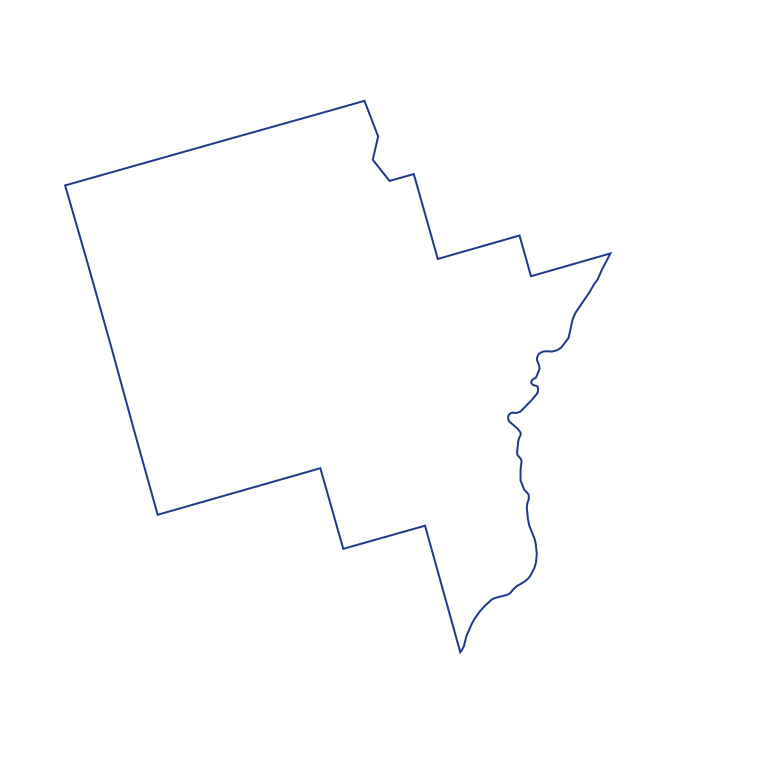 Goodhue, Minnesota, United States of America, rotated 74°
{"feature_id": "52423323B62984292236969", "entity_name": "Goodhue", "entity_type": "district", "adm_level": 2, "iso_a3": "USA", "parent_name": "United States of America", "parent_adm1": "Minnesota", "projection": "mercator", "projection_center": [-92.544, 44.454], "detail": "fine", "context": "isolated", "style": "outline", "palette": "blue", "viewbox_px": 768, "rotation_deg": 74, "n_neighbors": 0, "source": "geoboundaries", "source_scale": "gbopen_adm2", "svg_char_len": 1389}
<svg xmlns="http://www.w3.org/2000/svg" viewBox="0 0 768 768"><g transform="rotate(74 384 384)"><path d="M447.3,637.6L447.4,468.4L531.2,468.6L531.5,383.6L662.8,384.6L660.8,382.1L657.9,379.4L648.5,373.9L638.6,365.6L634.7,361.7L628.6,354.1L624.4,347.0L620.8,339.6L620.3,336.3L620.6,323.7L620.2,321.6L619.9,320.5L616.8,315.9L614.8,311.7L612.5,302.7L611.0,299.8L610.3,298.3L608.4,295.9L602.1,290.0L597.2,287.0L589.2,283.9L579.4,282.2L574.7,281.9L560.2,283.4L553.1,282.8L542.1,280.8L538.1,279.1L534.6,276.6L530.9,275.5L529.4,275.7L524.1,278.4L514.1,279.3L503.6,276.2L496.1,273.0L493.4,273.2L489.4,275.1L487.1,275.2L476.7,271.0L474.0,269.6L470.0,266.3L468.2,266.2L463.7,267.9L454.5,274.0L451.9,274.3L449.3,273.5L447.9,272.3L446.9,269.8L447.1,268.0L448.1,265.5L448.4,263.8L448.1,260.4L440.4,246.9L435.9,240.2L434.3,238.5L431.9,237.4L429.0,237.0L427.8,238.1L425.9,241.1L423.7,242.1L422.6,241.9L420.8,240.3L419.7,236.1L412.0,230.1L408.0,229.8L402.9,230.4L400.4,229.3L398.0,227.2L396.9,224.1L396.7,221.6L397.3,218.9L399.2,213.3L399.2,208.4L397.9,203.7L390.6,193.9L374.1,185.0L370.5,182.2L367.9,179.8L352.6,161.4L345.7,154.2L342.6,150.0L334.0,142.8L320.9,130.4L320.9,213.0L278.6,212.8L278.6,297.8L190.4,297.5L190.3,322.7L165.4,333.0L144.4,321.4L106.4,324.7L106.3,367.4L105.8,466.0L105.2,635.8L186.1,635.6L274.2,636.0L358.1,637.0L447.3,637.6Z" fill="none" stroke="#1e3a8a" stroke-width="2"/></g></svg>